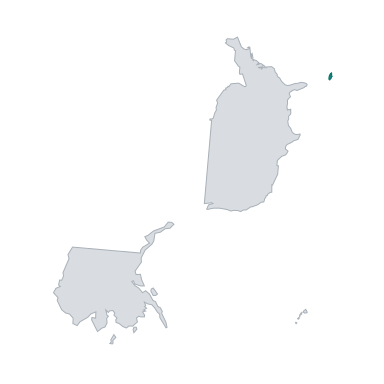 Jamaica and the surrounding countries, rotated 275°
{"feature_id": "JAM", "entity_name": "Jamaica", "entity_type": "country or territory", "adm_level": 0, "iso_a3": "JAM", "parent_name": "North America", "parent_adm1": "", "projection": "mercator", "projection_center": [-77.28, 18.119], "detail": "fine", "context": "with_neighbors", "style": "filled", "palette": "teal", "viewbox_px": 384, "rotation_deg": 275, "n_neighbors": 1, "source": "natural_earth", "source_scale": "50m", "svg_char_len": 4564}
<svg xmlns="http://www.w3.org/2000/svg" viewBox="0 0 384 384"><g transform="rotate(275 192 192)"><path d="M181.5,205.3L265.1,205.3L265.2,203.5L266.2,203.5L266.7,206.0L267.7,206.8L272.8,207.8L275.8,209.2L278.2,208.6L282.9,209.8L285.6,208.5L296.2,214.8L296.5,215.9L297.2,216.4L297.0,216.8L298.4,216.5L299.2,218.2L300.5,218.7L300.1,219.5L303.2,221.5L304.5,229.1L301.5,235.2L301.8,236.2L302.8,236.8L314.1,232.0L313.4,229.5L314.8,228.8L320.5,228.8L321.5,227.2L326.4,223.0L336.6,223.0L336.9,221.9L339.1,221.1L341.1,215.7L343.4,212.3L344.4,213.5L346.5,212.7L347.8,214.0L347.8,220.0L350.3,223.8L340.8,228.6L338.7,232.0L338.6,234.2L339.6,236.3L340.9,236.4L340.6,234.9L341.5,235.8L341.2,237.0L332.4,238.7L329.9,239.8L334.4,239.1L335.3,239.8L331.0,241.0L329.1,241.0L329.2,240.5L328.3,241.7L329.2,241.8L328.5,244.7L326.3,247.7L326.1,246.7L324.4,245.5L325.1,247.6L325.8,248.3L325.9,249.7L323.2,254.3L323.9,251.5L322.3,250.1L322.0,246.9L321.4,248.5L322.0,251.0L320.0,250.4L322.1,251.6L322.2,255.2L323.1,255.5L323.8,260.5L321.9,263.3L318.8,264.4L316.8,266.5L315.3,266.7L313.8,268.1L313.3,269.3L310.0,271.6L306.9,275.4L306.4,277.9L307.0,280.4L309.3,285.8L309.3,287.3L310.8,291.2L310.5,294.8L309.8,296.8L308.9,297.3L307.4,296.9L306.9,295.4L305.8,294.6L302.3,287.8L302.9,285.5L302.1,283.6L299.7,280.7L298.6,280.2L295.5,281.8L293.5,280.0L291.6,279.1L288.2,279.5L285.5,279.1L282.0,279.9L282.5,280.9L282.5,282.3L283.1,283.0L282.5,283.4L281.4,282.9L280.3,283.6L278.1,283.4L275.8,281.6L273.2,282.0L271.0,281.2L266.6,282.3L263.8,284.9L260.8,286.3L259.2,288.0L258.5,289.5L258.4,291.9L259.2,294.6L258.0,294.7L253.5,292.9L252.0,289.0L250.2,287.0L247.6,282.6L245.5,281.3L243.0,281.3L241.1,284.1L238.6,283.0L237.1,282.0L235.3,278.2L230.9,274.3L225.6,274.3L225.6,275.8L217.2,275.8L205.8,271.6L206.1,270.9L198.8,271.5L198.3,269.7L196.3,267.6L194.9,267.2L194.6,266.1L192.9,266.0L191.8,265.0L189.0,264.6L188.2,264.0L187.9,262.0L184.9,258.3L182.4,253.0L182.5,252.1L178.9,247.6L178.4,244.4L176.8,242.3L177.5,239.0L177.4,235.5L176.4,232.4L177.6,228.5L178.3,220.8L177.8,214.9L176.0,209.0L176.3,208.1L180.7,209.7L182.3,213.9L183.1,212.7L181.5,205.3ZM126.7,77.8L126.7,145.8L129.7,146.0L132.6,147.6L137.4,154.2L140.3,150.9L143.4,148.9L145.0,152.0L149.8,157.0L154.8,167.5L159.9,170.9L160.0,174.3L158.3,176.8L154.0,173.2L153.1,168.5L149.2,164.0L147.6,158.7L139.9,158.2L136.4,156.5L130.1,150.4L121.9,147.1L117.8,147.7L108.2,142.2L104.9,143.5L105.5,147.8L100.3,149.4L94.3,152.7L93.9,149.2L95.3,143.2L98.5,141.3L97.6,139.7L93.8,143.2L91.7,147.3L87.4,151.5L89.6,154.4L86.7,158.5L80.5,162.6L79.7,165.1L75.0,168.0L74.0,170.5L70.5,172.8L68.4,172.4L60.0,177.4L54.9,178.9L54.4,178.0L63.9,171.0L67.6,170.4L69.1,168.2L73.3,164.9L76.2,161.8L76.7,157.5L78.2,154.1L74.8,155.8L73.8,154.8L72.2,156.9L70.2,154.0L69.4,156.1L68.2,153.2L65.2,155.5L63.4,155.5L63.1,152.0L63.6,149.8L61.7,147.7L57.8,148.9L53.2,144.6L53.1,141.1L50.8,138.4L52.0,134.7L54.5,131.1L55.5,127.7L58.0,127.2L60.0,128.2L62.5,125.0L64.7,125.6L67.0,123.5L66.4,120.3L64.7,119.1L67.0,116.4L61.9,118.0L61.0,119.5L58.6,118.0L54.3,118.8L49.9,117.1L48.6,114.2L44.8,110.0L55.8,103.2L58.3,103.2L57.9,107.0L64.2,106.7L61.8,102.0L58.1,99.1L53.0,91.8L48.9,89.2L50.6,84.8L55.9,84.6L59.7,80.7L60.5,76.5L63.5,72.3L72.2,67.2L75.0,67.8L79.6,62.8L84.2,64.8L86.4,69.0L87.7,67.2L92.8,67.8L92.7,69.9L97.3,71.4L100.4,70.5L114.9,75.3L118.9,73.9L126.7,77.8ZM33.9,123.4L35.7,124.7L37.6,124.0L43.1,126.6L40.5,128.8L37.1,126.1L34.4,126.5L33.7,125.9L33.9,123.4ZM83.2,313.6L85.0,315.5L82.3,317.3L81.6,316.9L81.2,314.8L81.8,313.9L81.8,313.0L83.2,313.6ZM81.4,311.4L80.1,312.0L79.2,310.9L79.5,310.6L81.4,311.4ZM79.1,310.1L79.0,310.4L77.4,310.3L77.6,309.9L79.1,310.1ZM75.3,308.3L76.4,309.6L76.2,309.8L75.0,309.6L74.5,308.8L75.3,308.3ZM71.2,306.7L70.9,307.8L69.9,307.2L70.5,306.6L71.2,306.7ZM49.8,145.3L52.2,145.9L52.5,148.2L50.6,149.1L46.8,146.4L49.8,145.3ZM89.8,159.6L91.8,159.9L93.0,161.7L87.4,166.5L85.9,165.0L85.4,162.4L89.8,159.6Z" fill="#d9dde1" stroke="#a8b0b8" stroke-width="1"/><path d="M319.2,318.8L319.6,318.9L320.0,319.0L320.3,319.0L320.6,319.3L320.9,319.4L322.0,319.8L322.3,320.4L322.4,320.5L322.1,320.6L321.8,320.7L321.4,320.7L321.1,320.6L320.7,320.5L320.8,320.4L320.6,320.3L320.4,320.3L320.3,320.6L320.2,320.7L319.9,320.7L319.6,320.6L319.5,320.8L319.4,321.2L319.1,321.0L318.9,320.8L318.6,320.7L318.0,320.7L317.7,320.7L317.4,320.3L317.3,320.2L317.1,320.1L316.8,319.7L316.1,319.6L315.9,319.4L316.0,319.2L316.2,318.9L316.3,318.8L316.7,318.8L317.0,318.8L317.2,318.7L317.4,318.6L318.6,318.8L318.9,318.8L319.2,318.8Z" fill="#14b8a6" stroke="#0f766e" stroke-width="1.5"/></g></svg>